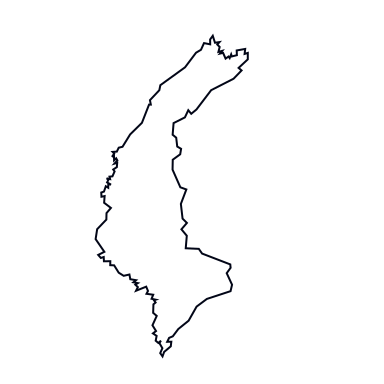 Chum Phae, Khon Kaen, Thailand, rotated 42°
{"feature_id": "78962969B27805721585516", "entity_name": "Chum Phae", "entity_type": "district", "adm_level": 2, "iso_a3": "THA", "parent_name": "Thailand", "parent_adm1": "Khon Kaen", "projection": "equal_earth", "projection_center": [102.084, 16.658], "detail": "medium", "context": "isolated", "style": "outline", "palette": "ink", "viewbox_px": 384, "rotation_deg": 42, "n_neighbors": 0, "source": "geoboundaries", "source_scale": "gbopen_adm2", "svg_char_len": 1934}
<svg xmlns="http://www.w3.org/2000/svg" viewBox="0 0 384 384"><g transform="rotate(42 192 192)"><path d="M280.1,333.9L278.3,329.5L279.5,320.9L276.8,317.1L273.8,319.9L272.6,315.7L274.3,312.1L273.5,302.9L275.6,289.9L272.1,274.1L274.6,261.5L287.0,239.9L283.8,234.1L272.1,229.1L271.4,222.5L268.9,220.2L240.7,231.0L235.1,229.7L225.0,238.0L217.4,228.0L209.1,226.8L208.9,218.4L202.8,218.1L191.7,208.3L186.1,193.9L180.2,196.3L162.6,188.4L156.1,180.9L158.0,171.9L155.0,167.2L150.6,168.1L143.9,162.2L139.3,162.4L132.2,153.1L136.8,141.3L134.5,133.7L139.1,134.4L140.1,127.7L138.1,103.5L147.1,80.0L147.5,68.5L143.6,68.6L144.7,56.1L140.4,51.3L138.7,54.2L135.8,50.1L130.5,56.9L133.8,60.3L130.9,64.6L129.0,63.5L130.4,67.3L128.5,66.9L127.7,70.4L122.0,67.8L120.2,70.4L120.0,66.9L117.9,70.2L115.5,65.7L112.1,65.5L112.1,62.2L109.2,65.7L102.9,62.0L103.4,66.5L106.7,70.1L101.3,73.3L103.5,80.3L101.8,85.8L103.4,104.0L97.0,133.8L99.6,138.2L99.3,151.9L102.9,154.6L101.6,155.8L108.5,174.1L107.5,190.6L110.1,204.9L107.9,208.1L109.1,212.3L106.2,215.3L108.5,215.5L109.0,219.4L109.6,217.1L112.9,220.6L113.1,217.7L115.4,218.5L115.4,222.8L116.9,220.4L119.5,223.8L118.4,228.0L120.7,228.5L122.4,233.6L120.4,235.8L122.5,237.2L119.4,239.0L121.7,238.8L122.5,241.7L126.8,240.7L124.7,242.4L126.9,244.9L124.1,245.4L126.3,250.6L124.9,253.1L127.9,256.1L129.8,253.5L133.9,258.8L142.4,258.1L142.6,264.9L146.8,269.8L146.4,283.1L151.9,291.5L166.9,295.1L164.4,301.5L168.4,302.0L169.9,299.4L172.9,302.4L177.6,298.1L180.2,301.1L183.2,298.6L191.5,301.0L197.3,300.0L200.7,295.2L204.5,298.1L209.4,295.0L208.9,298.3L212.7,296.0L211.9,298.8L215.4,298.9L216.5,302.8L221.3,293.0L225.5,295.0L226.3,298.1L231.9,294.3L233.4,298.4L237.1,296.3L236.2,297.9L238.9,298.5L238.5,301.3L244.0,307.8L248.7,307.7L251.8,317.5L258.3,319.4L257.6,323.2L262.0,322.6L264.5,326.8L268.0,326.7L268.4,323.3L268.9,326.1L274.5,327.9L276.2,333.0L280.1,333.9Z" fill="none" stroke="#020617" stroke-width="2"/></g></svg>